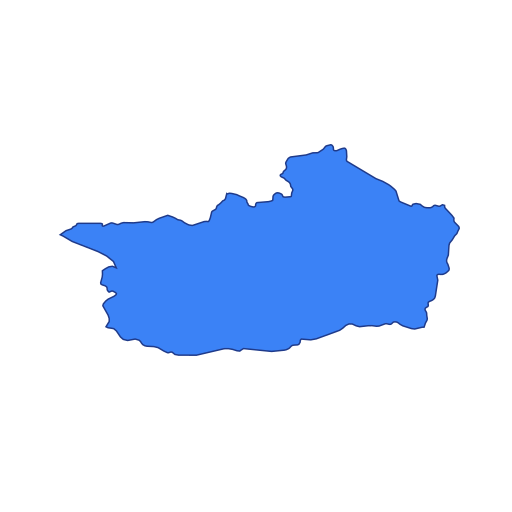 an SVG outline of Kanchanaburi, rotated 299°
{"feature_id": "THA-399", "entity_name": "Kanchanaburi", "entity_type": "Province", "adm_level": 1, "iso_a3": "THA", "parent_name": "Thailand", "parent_adm1": "", "projection": "natural_earth1", "projection_center": [99.171, 14.699], "detail": "fine", "context": "isolated", "style": "filled", "palette": "blue", "viewbox_px": 512, "rotation_deg": 299, "n_neighbors": 0, "source": "natural_earth", "source_scale": "10m", "svg_char_len": 5471}
<svg xmlns="http://www.w3.org/2000/svg" viewBox="0 0 512 512"><g transform="rotate(299 256 256)"><path d="M177.9,139.5L182.1,134.0L183.6,125.3L183.3,115.9L179.6,88.2L179.9,77.6L179.7,74.5L184.7,76.9L186.1,77.6L189.8,81.0L190.9,81.6L191.7,81.8L192.3,81.7L193.0,82.1L195.1,83.7L195.9,83.9L196.6,83.9L197.1,83.8L197.7,84.0L198.6,85.1L209.2,104.2L209.5,105.3L209.5,106.1L209.0,106.4L208.1,106.8L207.9,107.0L207.9,107.6L208.4,108.4L214.1,112.7L214.6,113.2L215.1,114.0L215.5,115.5L216.1,118.9L216.3,119.5L216.8,120.2L217.5,120.9L219.1,122.0L220.0,122.9L221.0,124.0L225.6,132.8L232.1,142.1L233.5,144.9L234.5,148.1L235.0,148.9L236.0,149.7L239.5,151.3L242.1,153.1L248.8,159.1L249.7,164.2L249.9,167.3L249.8,169.6L249.9,170.3L250.1,170.9L250.3,171.5L250.7,172.8L250.8,174.2L250.7,175.0L250.4,177.2L250.5,181.1L250.7,182.5L251.6,184.9L251.8,185.4L252.1,185.8L260.9,193.9L261.4,194.6L262.3,196.0L262.6,196.8L262.9,197.5L263.5,197.8L264.6,197.9L267.3,197.5L272.0,196.2L272.5,196.0L273.2,195.9L274.1,196.1L277.0,197.9L277.6,198.1L278.4,198.2L279.7,197.8L280.7,197.7L281.6,197.8L282.7,198.5L285.0,199.4L287.8,200.1L288.3,200.3L288.7,200.6L289.6,201.3L291.4,201.5L296.3,200.2L296.2,200.6L297.6,201.9L298.0,202.3L298.5,203.4L299.0,204.7L300.3,209.3L300.4,210.6L300.5,212.1L301.0,216.5L301.0,218.0L300.8,219.5L300.5,220.1L300.2,220.7L299.9,221.1L299.0,221.7L298.6,222.1L298.3,222.6L297.7,223.7L296.9,224.5L296.7,225.1L296.7,225.7L296.8,227.2L297.2,228.6L297.4,229.4L297.8,230.3L298.3,230.9L299.2,231.3L299.8,231.3L300.9,230.7L301.4,230.6L302.1,230.6L302.7,230.7L303.2,231.0L309.6,240.6L311.4,242.6L312.7,243.6L313.9,243.2L316.4,242.0L317.0,241.9L317.7,241.9L318.3,242.0L319.4,242.4L320.5,242.9L321.4,243.7L321.9,244.6L322.3,245.8L322.5,247.8L322.4,248.8L322.0,249.5L321.0,250.8L321.1,251.7L321.6,253.0L324.7,257.6L325.2,257.9L325.7,257.8L328.4,256.7L331.0,256.4L331.5,256.2L332.0,255.9L332.4,255.5L332.7,255.0L333.2,253.7L333.8,252.6L334.2,252.3L335.1,251.6L335.5,251.2L335.9,250.7L336.4,249.7L336.6,249.0L336.7,248.3L336.8,246.0L336.9,245.2L337.6,243.3L337.7,242.6L337.5,239.7L337.7,239.0L337.9,238.4L338.3,238.1L338.8,238.0L339.4,238.2L339.9,238.5L340.7,239.1L341.2,239.4L341.7,239.3L342.9,239.1L344.1,239.3L345.3,239.8L346.4,240.1L347.1,240.1L347.7,240.0L348.2,239.8L348.7,239.5L349.2,239.2L350.0,238.4L350.8,237.6L351.2,237.2L351.7,236.9L352.9,236.7L356.3,236.8L357.0,236.9L358.1,237.4L359.1,238.0L359.5,238.4L368.7,250.9L373.6,255.5L374.0,256.1L376.0,259.5L376.4,260.0L376.9,260.4L382.1,263.1L382.6,263.2L384.7,263.5L385.9,263.8L386.8,264.5L389.5,267.4L389.7,268.0L389.7,268.8L389.1,270.3L388.5,270.9L387.9,271.4L386.9,271.9L386.5,272.3L386.2,272.8L386.2,273.5L386.6,274.5L387.0,275.2L387.4,275.7L390.2,277.8L391.8,279.3L392.9,280.6L393.2,281.1L393.3,281.8L393.1,282.5L392.3,283.7L391.7,284.2L386.8,287.3L384.0,288.4L383.5,288.8L383.2,289.2L382.9,289.7L381.8,323.4L382.7,330.7L382.7,337.5L382.4,340.0L381.6,344.1L381.1,345.8L380.6,347.0L373.6,354.3L373.4,355.2L373.4,356.5L374.6,366.9L374.8,367.6L375.2,368.0L376.0,368.1L376.6,368.0L377.4,368.2L379.5,370.6L380.8,374.6L380.3,377.1L380.2,379.6L380.5,380.6L381.0,381.9L382.3,384.4L383.2,385.6L384.9,386.7L385.9,386.9L386.7,387.4L387.3,388.3L388.1,391.7L388.7,392.7L391.2,394.2L391.7,396.4L390.0,397.5L389.4,398.8L386.5,407.7L385.1,410.8L384.9,410.9L383.9,411.3L382.8,412.0L382.2,412.6L381.8,413.3L380.1,419.0L379.3,419.9L378.5,420.4L375.6,420.5L373.1,420.8L372.5,420.7L370.1,420.0L365.2,419.8L361.4,419.1L360.7,419.2L358.9,419.6L350.0,423.8L346.7,424.2L345.0,424.6L344.1,425.1L343.5,425.5L342.7,426.3L341.8,427.8L338.9,430.9L337.9,431.4L337.2,431.6L336.5,431.5L333.6,430.5L332.6,429.9L331.2,428.9L330.4,428.1L329.8,427.1L329.5,426.6L328.8,425.0L328.4,424.4L327.9,423.9L327.0,423.6L326.5,423.7L323.0,426.7L308.1,432.2L306.2,432.6L305.6,432.6L304.3,432.3L303.2,431.8L302.2,431.2L301.3,430.5L300.9,430.1L299.9,429.5L299.1,429.1L298.4,429.3L297.6,429.7L296.6,430.5L295.8,430.8L295.1,430.8L293.4,429.8L292.5,429.4L291.8,429.5L291.3,429.7L290.5,430.4L289.9,431.5L289.2,432.5L288.8,432.9L286.9,434.1L284.2,436.2L283.1,436.6L282.3,436.7L279.5,436.7L275.2,437.5L274.3,435.9L269.1,430.2L267.9,427.2L266.1,418.3L266.1,415.1L266.5,412.9L266.5,411.5L266.2,410.3L265.3,408.7L264.6,408.1L262.4,407.4L261.6,406.9L260.9,405.8L260.1,403.0L259.4,401.9L254.4,397.6L253.0,395.5L251.4,391.4L249.4,387.9L244.4,380.9L243.5,377.5L243.2,373.2L241.6,370.2L238.8,368.2L235.0,366.9L231.6,365.2L212.8,348.9L209.2,344.5L205.3,335.9L203.8,335.6L201.9,336.4L199.5,336.3L198.4,335.4L196.4,332.3L195.4,331.1L194.2,330.5L191.8,329.9L190.7,329.4L188.6,327.8L187.3,326.3L180.1,315.9L169.0,290.0L167.0,288.8L165.0,287.9L163.9,285.3L163.0,280.8L161.6,276.8L159.5,273.1L140.4,252.0L131.8,236.4L130.6,232.8L131.1,230.0L131.2,229.1L130.6,227.9L128.9,226.3L128.5,225.4L128.2,221.5L128.4,214.8L127.3,210.7L124.2,204.3L123.6,202.3L123.6,201.4L123.6,199.9L124.3,198.1L125.2,196.5L125.7,194.6L124.8,190.6L119.9,184.7L118.7,180.3L119.5,176.7L122.8,170.2L123.5,166.8L122.6,164.2L121.5,161.3L121.5,161.2L121.4,159.1L126.2,159.3L127.5,159.4L130.2,157.9L132.6,155.3L138.2,146.2L140.1,145.7L143.7,146.4L146.6,147.6L152.0,151.4L154.4,152.4L155.5,152.1L155.9,150.8L155.9,148.0L155.5,146.9L154.6,146.1L153.6,145.4L153.2,145.0L153.4,144.0L153.8,143.1L154.2,142.4L154.4,142.2L155.8,141.3L156.6,140.3L156.8,138.6L156.2,135.4L156.3,133.9L157.3,133.1L163.0,131.7L165.6,130.6L168.6,128.8L171.8,130.4L175.1,132.5L177.4,135.4L177.9,139.5Z" fill="#3b82f6" stroke="#1e3a8a" stroke-width="1.5"/></g></svg>